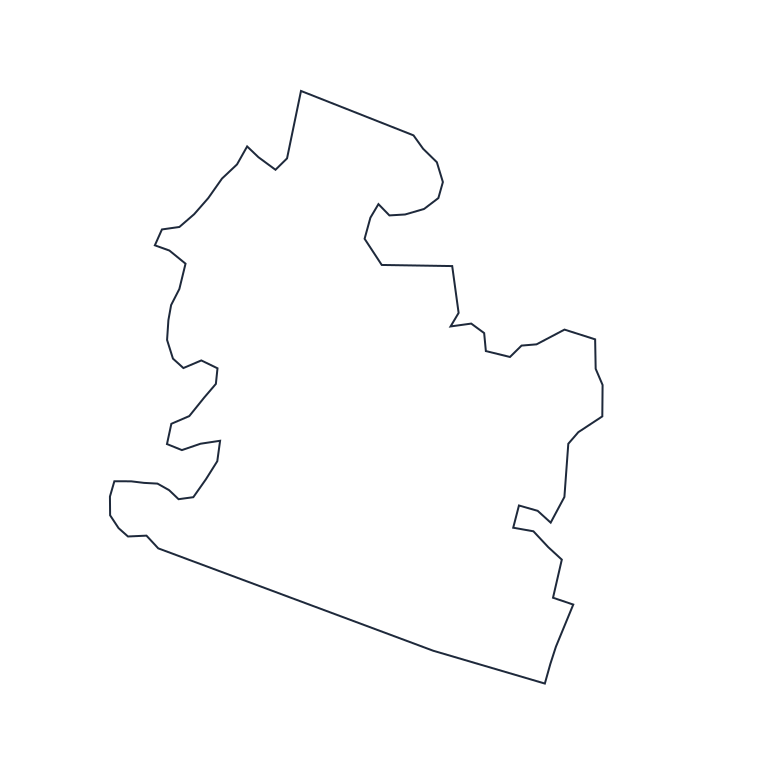 Montauri, Rio Grande do Sul, Brazil (Robinson projection), rotated 23°
{"feature_id": "56859067B40303133509643", "entity_name": "Montauri", "entity_type": "district", "adm_level": 2, "iso_a3": "BRA", "parent_name": "Brazil", "parent_adm1": "Rio Grande do Sul", "projection": "robinson", "projection_center": [-52.06, -28.663], "detail": "fine", "context": "isolated", "style": "outline", "palette": "slate", "viewbox_px": 768, "rotation_deg": 23, "n_neighbors": 0, "source": "geoboundaries", "source_scale": "gbopen_adm2", "svg_char_len": 1221}
<svg xmlns="http://www.w3.org/2000/svg" viewBox="0 0 768 768"><g transform="rotate(23 384 384)"><path d="M193.1,146.7L206.6,214.2L200.4,229.2L179.8,224.3L165.2,218.8L162.9,239.3L154.6,258.2L149.6,281.5L142.9,301.9L134.3,319.4L119.2,328.5L118.9,345.9L134.3,345.0L154.3,350.8L158.5,376.5L157.2,394.5L160.6,409.5L167.1,428.2L179.8,443.1L193.1,447.7L206.6,433.7L224.6,434.6L229.2,449.6L223.8,466.7L217.3,489.6L203.8,503.7L207.7,524.1L223.8,523.8L238.4,510.7L255.3,500.3L260.7,520.2L257.3,541.3L252.7,562.7L239.9,570.3L227.7,565.7L214.4,564.2L201.7,568.8L189.2,572.4L173.8,578.9L175.7,594.7L183.2,611.9L196.0,620.4L207.9,624.4L224.6,616.4L240.4,623.5L533.6,610.3L649.1,596.9L646.5,576.7L644.9,558.7L644.4,513.1L623.1,514.7L616.3,476.2L598.9,470.0L579.1,461.2L559.1,465.8L555.7,443.1L575.0,440.7L591.6,446.5L594.2,417.5L577.0,367.0L581.7,352.4L597.6,328.5L585.6,299.5L572.9,287.3L560.9,260.4L528.9,263.4L508.9,287.9L495.6,294.9L489.4,309.9L464.9,313.9L456.3,298.0L440.7,294.3L422.8,305.0L424.9,289.4L400.7,248.8L335.4,275.3L309.4,257.9L306.5,236.2L308.6,220.6L323.1,226.7L337.2,219.7L352.5,207.2L361.4,191.6L359.3,175.1L346.0,159.2L328.1,152.2L314.0,143.6L193.1,146.7Z" fill="none" stroke="#1e293b" stroke-width="2"/></g></svg>